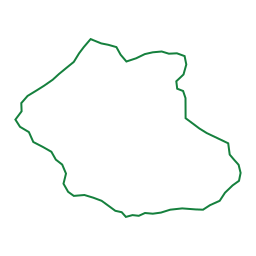 São Lourenço, Minas Gerais, Brazil
{"feature_id": "56859067B27474085083589", "entity_name": "São Lourenço", "entity_type": "district", "adm_level": 2, "iso_a3": "BRA", "parent_name": "Brazil", "parent_adm1": "Minas Gerais", "projection": "albers", "projection_center": [-45.035, -22.115], "detail": "fine", "context": "isolated", "style": "outline", "palette": "green", "viewbox_px": 256, "rotation_deg": 0, "n_neighbors": 0, "source": "geoboundaries", "source_scale": "gbopen_adm2", "svg_char_len": 936}
<svg xmlns="http://www.w3.org/2000/svg" viewBox="0 0 256 256"><path d="M68.1,191.8L73.8,195.9L84.4,195.0L93.3,197.7L101.6,200.8L110.0,206.9L115.3,210.8L121.7,212.2L125.9,216.9L132.5,215.1L138.8,215.8L145.0,213.0L152.8,213.7L160.9,212.6L170.2,209.7L182.2,208.4L195.4,209.4L203.0,209.7L210.1,205.1L219.7,200.8L225.0,192.7L232.6,185.4L239.0,180.8L240.6,172.9L238.6,164.8L234.3,160.0L229.7,154.6L228.2,143.3L206.8,133.1L199.4,128.5L185.6,118.2L185.5,98.1L183.1,91.0L177.2,88.7L176.3,81.3L183.5,74.5L186.3,64.5L184.6,56.1L176.9,53.3L168.9,53.7L161.7,51.5L152.8,52.3L144.8,54.1L136.1,58.3L126.4,61.5L120.6,54.7L116.4,47.1L108.3,44.8L101.2,43.4L90.6,39.1L83.7,47.2L79.1,53.3L73.8,61.9L66.4,67.9L59.2,73.8L52.6,79.8L43.8,85.9L36.8,90.3L27.6,95.9L21.3,103.1L21.6,111.3L15.4,119.6L20.0,126.8L28.9,132.1L33.3,142.0L42.6,146.8L51.4,151.8L55.8,159.6L62.2,164.6L66.0,173.6L63.5,183.7L68.1,191.8Z" fill="none" stroke="#15803d" stroke-width="2"/></svg>